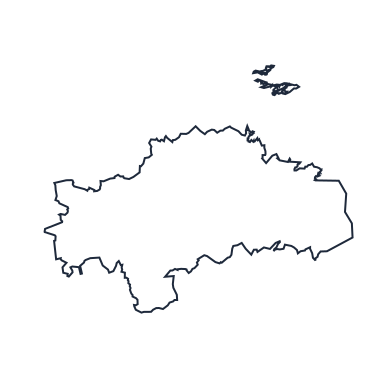 Athenry-Oranmore Lea-7, Galway, Ireland (Albers equal-area conic projection), rotated 170°
{"feature_id": "5873133B98830441057243", "entity_name": "Athenry-Oranmore Lea-7", "entity_type": "district", "adm_level": 2, "iso_a3": "IRL", "parent_name": "Ireland", "parent_adm1": "Galway", "projection": "albers", "projection_center": [-8.887, 53.319], "detail": "fine", "context": "isolated", "style": "outline", "palette": "slate", "viewbox_px": 384, "rotation_deg": 170, "n_neighbors": 0, "source": "geoboundaries", "source_scale": "gbopen_adm2", "svg_char_len": 5959}
<svg xmlns="http://www.w3.org/2000/svg" viewBox="0 0 384 384"><g transform="rotate(170 192 192)"><path d="M41.8,119.3L40.0,133.4L44.8,145.8L40.4,163.6L45.5,177.6L68.4,182.0L69.0,182.4L67.7,183.1L68.6,184.2L68.3,185.2L67.2,186.1L66.3,185.4L64.9,185.7L65.7,186.2L65.2,186.7L64.4,185.9L63.4,186.4L64.9,187.5L64.3,188.8L62.9,187.8L63.4,188.4L63.0,189.2L62.5,188.9L62.7,189.5L60.7,190.9L60.6,191.6L61.2,191.4L62.3,193.2L64.6,194.7L67.4,195.7L68.7,199.2L70.8,198.2L72.7,198.3L74.5,196.9L76.0,197.3L77.1,195.5L81.9,196.6L85.5,195.1L87.3,195.4L87.2,196.7L86.0,198.3L84.9,198.1L83.4,199.4L83.4,200.5L82.6,201.3L81.4,201.2L80.1,202.4L90.5,204.9L89.6,206.9L90.0,207.9L92.3,204.9L100.3,208.0L100.8,209.7L101.3,209.3L102.2,210.4L101.1,210.8L102.3,214.7L106.6,213.8L114.0,207.6L117.1,212.9L116.6,213.2L116.1,216.1L113.5,215.7L113.0,216.6L112.6,219.5L113.1,222.9L112.6,225.5L115.2,225.6L116.4,231.1L117.2,231.4L117.0,232.1L118.2,231.6L118.3,233.7L121.7,230.8L122.3,230.8L122.3,231.8L123.0,230.9L124.5,232.9L126.3,231.1L127.4,231.8L127.1,232.1L127.5,233.2L128.3,233.3L127.9,235.2L127.0,235.2L126.5,236.9L124.9,237.5L125.0,238.8L124.0,237.8L122.6,238.1L120.6,240.5L121.9,241.3L122.6,240.6L122.1,239.9L123.8,240.4L124.7,242.2L126.2,243.1L125.3,243.8L126.1,247.4L128.3,243.2L128.5,240.5L130.1,238.4L133.1,239.8L135.7,243.8L142.3,248.6L143.3,250.0L148.7,248.6L151.0,247.1L153.4,247.5L156.9,246.0L159.3,249.2L161.7,250.0L166.6,248.7L169.3,246.7L173.3,250.8L177.0,256.1L185.1,250.8L187.6,250.2L193.0,251.3L195.3,248.2L199.4,246.3L201.9,246.4L202.7,244.6L207.1,249.7L208.0,251.6L209.1,250.6L210.8,246.9L212.7,248.8L213.7,248.7L214.6,247.4L216.4,248.3L217.5,250.7L218.8,249.7L223.2,250.9L225.7,247.7L224.1,243.7L225.1,241.9L225.5,236.8L225.1,235.6L228.6,233.6L232.6,233.6L235.0,228.4L237.8,226.2L238.8,226.6L240.2,220.4L247.1,217.0L251.7,215.7L256.2,217.3L256.9,218.1L257.0,219.3L259.8,219.7L261.8,221.8L265.5,220.5L265.9,219.2L270.2,219.4L277.2,217.9L280.2,218.7L280.6,214.5L281.6,213.0L281.9,211.4L282.5,210.5L285.2,209.5L288.2,209.7L287.8,210.9L292.4,214.1L292.9,212.7L294.6,212.3L294.9,211.5L297.2,213.4L307.1,218.0L308.1,220.0L307.7,221.6L307.1,221.8L307.6,224.1L308.5,224.6L313.8,225.4L326.0,224.8L325.4,222.3L325.9,217.7L325.9,211.5L327.9,207.8L325.1,206.1L324.6,203.9L317.0,198.7L316.8,197.2L317.9,196.5L317.5,194.9L318.2,193.3L321.0,191.5L325.2,193.2L326.8,192.8L325.6,191.5L326.1,187.4L324.9,185.7L325.2,184.8L343.1,181.2L344.0,178.7L344.0,178.1L334.6,173.2L334.0,172.1L335.0,168.0L336.3,167.8L337.5,149.3L332.8,149.6L333.1,148.8L332.2,147.3L327.9,144.1L332.6,140.3L332.8,134.8L328.6,133.0L329.3,130.9L328.0,130.1L323.6,133.6L323.5,135.3L324.8,138.9L322.8,139.4L316.4,137.6L316.0,130.7L314.6,130.8L315.0,138.7L310.6,141.3L309.9,142.8L308.6,143.5L303.7,144.5L294.6,143.5L292.7,135.1L288.2,130.2L287.6,126.9L283.2,127.7L279.6,132.5L278.5,135.1L276.1,136.7L274.8,132.3L273.3,132.4L274.4,129.7L274.2,127.8L275.3,125.7L272.1,124.2L273.1,119.2L271.5,119.0L270.0,117.6L270.5,116.3L270.0,115.3L270.5,113.2L269.1,111.6L269.7,110.1L269.2,108.1L270.1,106.5L269.4,102.5L268.4,100.9L268.7,99.4L265.5,97.1L264.4,95.3L265.0,91.0L267.1,90.2L268.7,90.8L268.7,89.4L267.8,85.8L262.7,82.0L260.2,82.3L253.1,81.1L250.8,82.8L247.4,83.9L244.7,83.5L240.9,81.8L235.5,84.6L233.3,87.0L229.6,87.5L228.0,88.7L225.4,88.2L224.8,93.4L227.0,100.9L226.9,104.6L224.6,112.4L233.2,113.2L227.0,118.4L224.8,118.1L222.1,119.2L219.7,117.7L219.5,118.4L216.1,118.2L211.6,117.2L210.8,116.6L211.0,115.9L209.3,112.8L206.8,114.0L204.9,116.2L202.8,116.6L199.0,119.4L199.4,121.7L197.3,123.6L198.0,124.8L190.9,127.6L188.3,126.3L181.1,118.9L177.2,116.9L175.8,117.9L175.0,117.2L168.3,121.1L166.1,121.3L164.1,123.3L162.2,129.2L160.7,131.7L156.5,131.7L151.9,133.2L149.0,126.8L144.5,120.0L141.1,124.4L138.3,124.0L137.9,121.6L130.8,124.9L125.1,122.4L118.5,127.3L114.2,128.3L114.1,127.5L116.4,125.8L118.5,122.8L121.0,121.3L121.8,119.5L120.7,120.7L118.2,121.1L115.5,120.2L111.7,120.2L109.6,124.0L103.5,121.6L101.1,119.6L98.7,116.6L98.4,113.2L95.4,114.8L90.9,114.8L90.2,115.8L85.3,117.1L85.6,115.6L84.3,110.9L84.3,106.2L82.7,103.7L82.2,103.8L82.0,105.2L79.6,106.4L78.6,108.7L75.7,111.1L69.4,110.2L41.8,119.3ZM78.4,273.5L73.6,276.3L71.5,275.8L68.3,277.0L70.5,279.4L72.4,279.3L79.8,282.6L82.3,283.2L85.0,282.6L84.3,281.6L82.3,282.8L81.4,281.7L80.2,281.7L80.6,281.2L79.9,280.7L77.8,281.4L78.0,280.5L77.5,281.3L76.8,280.3L76.1,280.6L75.5,280.2L79.7,280.4L80.8,278.4L81.7,278.5L81.8,278.1L82.6,277.7L82.8,277.1L83.4,276.8L82.6,274.6L81.5,274.4L82.4,273.8L81.0,273.1L83.0,272.5L86.3,273.6L83.1,272.2L78.4,273.5ZM103.1,297.3L97.8,296.5L98.0,295.2L98.7,294.9L100.7,295.9L99.7,294.8L98.2,294.7L97.7,295.2L97.4,296.5L93.7,298.5L92.8,300.1L90.2,300.9L89.4,302.0L92.1,302.9L93.3,302.2L96.8,302.9L97.9,301.0L97.7,300.2L96.8,302.6L93.3,301.4L93.2,301.9L92.5,302.3L91.1,302.3L93.0,302.0L92.2,300.6L93.1,300.2L93.6,299.1L97.0,298.6L97.8,299.5L99.0,299.5L101.6,298.9L102.9,299.1L104.1,298.8L108.3,300.5L110.3,299.8L111.1,298.4L106.5,298.4L102.8,295.5L101.0,296.4L102.5,296.3L105.6,297.8L106.1,298.8L104.1,298.6L102.9,299.0L102.6,298.6L103.1,297.3ZM103.1,281.9L96.1,282.4L95.0,283.1L95.4,282.1L94.1,282.8L91.3,281.6L90.1,282.1L88.8,281.2L87.9,281.6L87.6,280.7L87.1,281.6L85.7,281.9L89.9,283.1L92.7,282.9L97.9,284.9L105.7,283.2L103.1,281.9ZM84.7,278.2L88.6,277.3L87.8,277.1L90.6,276.4L91.0,276.1L90.3,276.3L90.4,275.8L91.4,275.5L90.3,275.0L90.6,275.0L91.2,274.6L89.7,274.3L90.0,274.1L89.5,273.6L85.4,274.4L85.6,275.0L85.1,275.7L86.9,275.2L85.2,275.8L85.2,276.5L83.2,276.9L82.8,277.8L80.4,279.4L81.4,279.9L84.7,278.2ZM107.7,291.6L110.2,290.7L108.0,289.2L107.5,289.9L105.7,289.8L104.9,288.9L105.0,286.8L103.8,287.2L103.1,285.9L99.8,286.8L100.0,285.7L98.7,285.4L99.6,286.9L107.7,291.6ZM89.8,277.5L89.8,280.2L91.5,280.2L94.2,278.3L94.3,277.3L91.4,276.7L89.8,277.5ZM95.0,275.7L95.7,275.4L95.5,273.9L94.1,273.1L92.6,273.7L94.4,273.6L93.0,274.1L93.9,274.5L91.9,275.3L94.6,275.4L94.7,274.6L95.0,275.7Z" fill="none" stroke="#1e293b" stroke-width="2"/></g></svg>